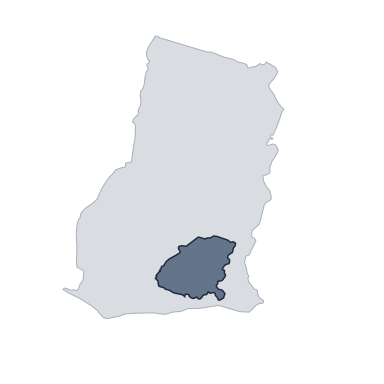 Eastern on a map of Ghana (orthographic projection), rotated 17°
{"feature_id": "GHA-2161", "entity_name": "Eastern", "entity_type": "Region", "adm_level": 1, "iso_a3": "GHA", "parent_name": "Ghana", "parent_adm1": "", "projection": "orthographic", "projection_center": [-0.365, 6.459], "detail": "fine", "context": "in_parent", "style": "filled", "palette": "slate", "viewbox_px": 384, "rotation_deg": 17, "n_neighbors": 0, "source": "natural_earth", "source_scale": "10m", "svg_char_len": 6523}
<svg xmlns="http://www.w3.org/2000/svg" viewBox="0 0 384 384"><g transform="rotate(17 192 192)"><path d="M235.3,48.4L238.1,51.1L238.8,52.7L237.7,58.6L235.7,62.7L234.3,66.6L234.5,68.5L235.8,70.4L240.2,73.5L242.4,75.4L245.0,78.4L248.1,81.3L253.3,85.1L255.5,85.8L255.4,86.9L254.7,88.4L254.2,102.5L253.9,106.2L253.5,108.1L253.0,113.4L252.5,114.1L251.5,114.1L250.6,114.3L250.3,115.3L250.7,116.4L253.9,117.2L253.2,118.0L250.8,118.7L249.8,120.3L250.2,122.1L249.0,123.6L249.3,124.6L250.2,125.3L251.5,125.0L255.1,122.6L256.7,122.3L258.6,122.8L262.1,126.5L262.3,128.4L260.9,134.6L259.5,139.4L259.2,145.9L260.7,149.5L260.5,151.5L258.9,153.2L255.3,155.7L255.6,157.4L257.2,160.5L260.3,164.1L266.3,168.4L269.5,174.1L269.6,176.4L267.7,178.7L265.6,180.7L264.9,183.6L265.9,202.7L261.1,211.0L261.1,213.3L261.6,216.1L262.8,217.7L265.3,218.2L267.3,219.8L266.6,225.6L265.5,231.5L265.4,234.4L264.8,235.7L262.9,236.9L262.2,238.7L262.7,241.0L262.4,242.7L263.4,245.0L265.6,247.7L269.1,254.5L270.4,255.1L271.0,256.5L270.6,257.9L272.0,260.9L275.9,263.9L279.9,266.5L283.2,266.9L284.0,269.3L286.2,272.3L287.8,273.6L290.3,274.4L292.3,274.9L292.4,277.4L288.7,279.2L286.2,281.8L284.3,285.8L281.7,290.2L272.6,292.5L269.1,292.5L250.4,292.7L232.8,301.3L222.8,304.4L216.5,309.3L208.2,312.7L202.3,316.9L190.2,318.9L170.3,325.5L164.1,328.1L157.8,332.6L147.6,338.0L143.6,337.9L135.6,332.8L129.5,330.3L114.8,326.4L103.8,324.8L98.5,323.2L97.1,322.9L98.3,321.1L101.4,321.0L104.6,321.5L107.1,320.2L110.6,320.0L111.6,318.6L111.9,314.9L111.9,312.0L113.1,310.7L113.4,307.3L111.7,299.6L110.5,298.7L104.1,297.6L103.6,296.1L102.5,294.5L101.3,290.5L99.9,284.7L97.7,277.4L93.4,265.4L92.4,261.1L91.7,256.8L91.6,251.6L92.5,249.7L92.3,247.1L92.0,244.4L95.0,238.3L101.0,230.9L102.3,228.2L103.4,226.3L103.6,223.6L104.7,214.9L107.6,204.4L109.4,200.5L110.6,198.3L112.0,194.8L112.4,193.2L117.9,189.1L120.4,188.0L121.0,186.4L120.1,184.6L120.5,183.4L121.8,182.8L123.8,182.3L125.3,180.6L123.1,167.6L121.3,154.7L121.2,153.6L120.1,151.8L119.1,146.5L117.2,143.3L114.7,142.4L114.7,139.5L117.3,134.5L118.0,131.6L116.8,130.7L116.6,128.5L117.5,124.8L117.1,122.5L116.7,120.1L114.0,114.5L113.4,110.5L114.8,108.1L114.8,103.0L113.4,95.1L113.2,90.1L114.2,88.0L113.7,86.1L111.8,84.2L111.7,82.4L113.3,80.6L113.1,79.2L111.1,78.2L109.3,75.7L107.6,71.9L108.0,65.7L111.2,54.4L111.6,53.4L115.1,53.5L115.1,54.0L126.0,53.9L138.4,53.9L153.2,53.8L166.7,53.7L167.3,53.2L169.5,52.5L183.1,53.7L191.7,53.1L195.3,53.5L197.9,54.3L203.8,53.8L206.9,54.1L209.3,57.0L210.3,56.9L211.6,55.7L213.9,54.4L216.3,53.3L218.0,51.1L219.1,49.4L220.6,49.7L222.9,49.6L224.4,48.2L224.9,46.0L235.3,48.4Z" fill="#d9dde1" stroke="#a8b0b8" stroke-width="1"/><path d="M182.4,283.0L182.2,283.0L182.1,282.8L182.1,282.6L182.2,282.4L182.5,281.8L182.5,281.6L182.6,281.2L182.9,280.3L183.3,279.6L183.4,279.3L183.8,278.3L183.8,278.1L183.9,277.8L184.0,277.6L184.6,277.5L184.8,277.3L184.8,277.0L184.7,276.8L184.5,276.7L184.3,276.6L184.2,276.5L184.2,276.1L184.1,275.9L184.1,275.7L184.2,275.4L184.7,274.6L184.8,274.2L184.9,273.6L184.9,273.4L184.9,273.1L184.8,272.9L184.7,272.7L184.5,272.4L184.6,272.2L185.6,271.6L185.9,271.3L186.1,271.1L186.3,270.8L186.6,270.3L186.7,270.0L186.8,269.4L187.3,267.4L188.0,265.5L190.0,262.5L195.9,256.4L196.1,256.1L196.2,255.9L196.4,255.5L197.7,254.3L198.0,253.9L198.2,253.6L198.2,253.4L198.2,253.2L198.1,252.7L197.9,252.3L197.6,251.9L197.3,251.6L196.2,250.8L195.9,250.5L195.7,250.1L195.4,249.7L195.3,249.3L195.3,249.0L195.3,248.7L195.4,248.2L195.6,247.8L195.9,247.5L196.4,247.2L197.5,246.6L198.4,246.3L201.7,245.8L202.0,245.7L202.6,245.2L210.8,233.8L211.3,233.4L212.0,233.2L218.0,233.1L218.4,233.0L218.9,232.5L219.1,232.2L219.4,231.9L219.7,231.7L220.2,231.5L222.5,230.7L223.0,230.4L223.6,229.9L223.9,229.6L224.8,228.5L225.1,228.2L225.4,227.9L226.3,227.6L228.9,227.2L240.3,227.6L240.8,227.7L241.3,227.9L242.3,228.4L242.8,228.6L243.2,228.7L243.5,228.7L244.4,228.4L245.2,227.9L245.9,227.6L246.2,227.6L246.5,227.6L248.7,228.3L248.9,230.8L248.8,231.6L248.6,231.8L248.3,232.6L248.0,233.5L247.9,234.0L247.9,234.4L248.0,234.6L248.2,235.6L248.3,236.9L248.3,237.7L248.2,238.1L248.1,238.4L247.7,238.9L247.0,239.5L246.9,239.7L246.1,240.4L245.8,240.8L245.6,241.3L245.2,242.5L245.1,243.1L245.0,243.6L245.2,244.1L245.4,244.5L245.5,244.6L245.7,244.8L245.9,244.9L246.6,245.1L247.0,245.3L247.4,245.6L247.7,245.9L247.9,246.3L248.1,246.8L248.4,248.7L248.3,249.2L248.3,249.6L248.1,249.8L246.2,251.0L245.4,251.7L245.2,251.9L245.1,252.1L245.0,252.3L244.8,252.4L244.7,252.6L244.5,253.1L243.7,255.8L243.6,256.7L243.6,257.2L243.7,257.4L244.0,257.5L245.3,257.4L245.5,257.4L245.7,257.5L246.0,257.6L246.1,257.8L246.2,258.0L246.3,258.4L246.5,259.5L246.7,260.0L246.9,260.3L247.2,260.7L247.8,261.0L248.0,261.2L248.2,261.5L248.4,262.2L248.4,262.6L248.4,263.0L247.1,267.0L246.7,267.6L246.4,267.9L245.7,268.4L245.0,268.9L242.9,269.7L242.7,269.9L243.0,270.4L243.3,271.3L243.4,272.1L243.1,272.6L242.8,273.2L242.7,274.1L242.7,274.8L243.0,275.3L245.1,276.9L245.9,277.2L249.1,277.1L249.8,277.2L250.4,277.5L251.4,278.3L253.0,279.3L253.2,279.6L253.2,280.0L253.1,284.1L251.1,286.4L250.4,287.0L249.9,287.4L249.6,287.5L249.2,287.5L248.7,287.4L248.1,286.8L247.8,286.5L247.2,285.5L247.0,285.4L246.8,285.2L245.6,284.6L245.4,284.5L245.0,284.3L244.7,284.0L244.4,283.6L243.8,282.3L243.7,282.1L243.4,282.0L242.8,281.9L242.1,281.9L241.6,282.0L241.3,282.1L239.6,283.2L239.1,283.5L238.8,283.6L238.6,283.6L238.4,283.5L238.1,283.2L237.9,283.0L237.6,282.8L237.1,282.7L236.9,282.7L236.7,282.9L236.0,285.6L235.8,285.8L235.4,286.1L233.5,286.9L233.3,287.0L233.1,287.3L232.6,288.3L232.1,290.1L231.7,291.0L231.4,291.3L231.2,291.6L230.9,291.8L230.2,292.2L229.8,292.3L229.5,292.3L229.0,292.2L228.6,291.9L228.4,291.8L228.3,291.6L228.0,291.5L227.7,291.3L227.2,291.3L226.9,291.3L226.7,291.5L225.8,292.5L225.5,292.7L225.2,292.9L224.4,293.3L223.9,293.5L223.6,293.5L222.4,293.5L222.0,293.4L221.2,293.1L220.9,293.0L220.2,292.8L219.8,292.5L219.7,292.4L219.6,292.2L219.6,291.4L219.3,291.2L218.8,291.1L216.8,291.3L216.4,291.4L216.0,291.5L215.9,291.6L215.7,291.6L215.7,291.8L215.4,292.9L215.4,293.3L215.4,293.6L215.5,293.8L215.6,294.1L213.5,293.3L212.3,293.1L204.7,293.7L203.7,293.7L203.2,293.6L202.9,293.5L198.5,292.5L197.6,292.5L197.1,292.5L196.6,292.6L195.4,292.8L195.0,292.7L194.7,292.6L194.3,292.3L193.9,292.1L193.3,291.9L192.8,291.8L192.5,291.8L188.6,291.8L188.2,291.8L187.9,291.7L187.5,291.4L186.9,290.2L185.5,287.1L185.3,286.9L185.1,286.7L183.8,286.2L182.3,285.4L183.1,283.8L183.1,283.2L182.8,282.9L182.6,282.9L182.4,283.0Z" fill="#64748b" stroke="#1e293b" stroke-width="1.5"/></g></svg>